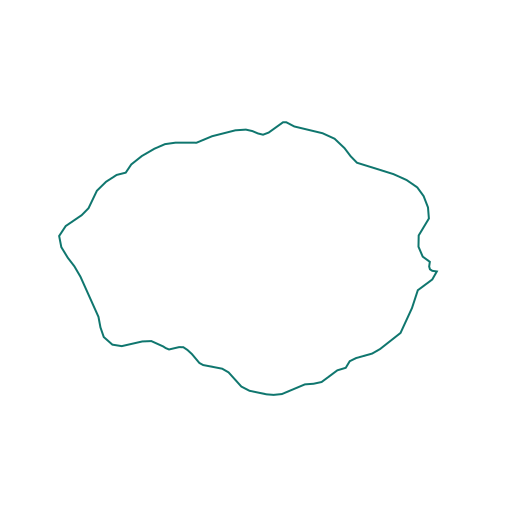 La Réunion, orthographic projection, rotated 144°
{"feature_id": "FRA-4601", "entity_name": "La Réunion", "entity_type": "Overseas department", "adm_level": 1, "iso_a3": "FRA", "parent_name": "France", "parent_adm1": "", "projection": "orthographic", "projection_center": [55.548, -21.116], "detail": "fine", "context": "isolated", "style": "outline", "palette": "teal", "viewbox_px": 512, "rotation_deg": 144, "n_neighbors": 0, "source": "natural_earth", "source_scale": "10m", "svg_char_len": 1168}
<svg xmlns="http://www.w3.org/2000/svg" viewBox="0 0 512 512"><g transform="rotate(144 256 256)"><path d="M390.7,248.7L398.2,253.7L417.6,262.0L424.3,268.7L426.8,279.9L423.8,289.7L419.2,299.4L410.2,342.4L409.0,354.4L409.3,365.2L408.3,377.6L403.5,387.9L392.3,392.1L373.0,391.5L363.4,393.1L346.4,402.3L333.7,404.2L321.1,403.5L312.4,400.0L303.1,403.4L289.5,404.0L275.1,402.5L263.9,400.0L254.5,395.0L237.5,382.6L221.1,378.7L198.8,369.8L189.9,364.2L185.5,359.2L182.4,354.0L179.0,350.0L173.2,348.4L155.5,348.3L152.9,346.4L148.9,338.3L130.0,316.2L123.5,304.7L121.0,291.2L120.8,281.0L119.5,272.1L96.7,241.5L89.5,228.9L85.2,216.7L85.2,205.9L88.3,194.2L94.1,184.7L112.3,177.0L119.1,168.0L121.5,157.5L118.8,149.1L122.1,145.7L123.1,143.0L122.1,140.4L118.8,137.2L127.2,133.4L145.2,133.2L160.4,122.2L184.3,108.8L210.3,107.8L219.4,108.8L235.0,114.6L242.0,115.8L249.1,112.8L257.4,115.7L277.0,115.5L284.5,118.8L291.9,123.4L316.2,129.1L323.4,133.3L328.8,137.9L340.5,150.8L344.6,159.0L346.6,178.0L349.6,184.7L362.9,198.9L364.7,202.8L365.5,214.4L366.7,220.3L368.4,224.9L371.8,227.5L381.3,231.5L383.2,234.6L384.2,237.3L390.7,248.7Z" fill="none" stroke="#0f766e" stroke-width="2"/></g></svg>